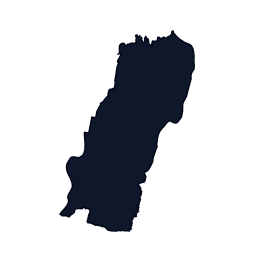 Cheung Prey, Kâmpóng Cham, Cambodia (Equal Earth projection), rotated 192°
{"feature_id": "14789045B53354113316917", "entity_name": "Cheung Prey", "entity_type": "district", "adm_level": 2, "iso_a3": "KHM", "parent_name": "Cambodia", "parent_adm1": "Kâmpóng Cham", "projection": "equal_earth", "projection_center": [105.065, 12.092], "detail": "fine", "context": "isolated", "style": "filled", "palette": "ink", "viewbox_px": 256, "rotation_deg": 192, "n_neighbors": 0, "source": "geoboundaries", "source_scale": "gbopen_adm2", "svg_char_len": 5823}
<svg xmlns="http://www.w3.org/2000/svg" viewBox="0 0 256 256"><g transform="rotate(192 128 128)"><path d="M103.9,232.1L105.0,231.6L105.0,230.2L104.6,229.3L106.1,226.7L107.6,225.7L108.1,225.1L110.2,223.6L110.9,223.7L111.7,224.3L112.1,224.2L112.6,223.1L113.2,223.2L113.1,222.0L114.8,222.2L116.2,223.1L117.0,223.1L117.6,222.8L117.6,221.7L117.7,220.9L117.2,219.5L117.4,218.7L118.3,218.9L119.0,218.6L119.5,218.6L120.2,218.2L120.8,218.3L121.6,217.7L122.0,217.9L121.9,217.3L122.1,216.7L121.8,216.6L120.8,215.1L121.0,214.7L122.1,215.3L122.0,214.6L122.5,214.4L123.2,213.4L124.2,213.9L125.1,214.7L125.5,215.6L126.5,218.7L126.9,219.3L127.6,219.4L128.4,219.1L128.8,219.5L129.1,220.8L129.7,221.1L129.9,220.3L130.3,219.6L130.2,218.6L129.5,217.6L129.8,217.2L129.9,216.3L129.6,215.6L130.4,215.0L131.7,214.8L132.4,216.6L133.0,217.2L133.3,219.1L133.8,219.4L134.7,219.0L135.2,219.6L135.4,220.5L135.8,220.6L135.9,219.6L137.2,219.4L138.0,219.6L138.4,220.7L139.1,220.7L139.5,220.5L139.7,219.7L139.0,218.9L138.5,217.8L138.5,215.5L137.9,214.5L138.1,213.3L138.8,212.5L139.8,211.9L141.2,211.9L142.3,211.8L143.5,210.7L146.1,209.6L146.9,207.5L147.4,206.9L148.3,208.8L149.3,209.8L150.7,209.8L152.3,208.8L153.1,207.7L153.3,206.0L152.8,203.2L152.0,200.5L152.3,199.1L152.6,198.6L150.6,199.5L150.3,198.2L151.1,194.2L151.8,192.8L152.0,191.0L151.6,190.1L151.0,189.8L150.6,189.1L150.7,188.1L151.2,187.3L151.3,184.0L150.9,178.4L150.6,171.5L149.7,169.4L149.7,164.2L150.2,163.3L150.9,163.5L151.4,162.8L151.7,162.6L152.0,162.6L152.5,162.3L153.1,162.4L153.7,161.7L154.0,161.6L154.4,161.1L154.3,160.1L154.5,159.6L154.5,158.6L154.6,157.5L154.3,157.3L154.2,156.0L154.0,155.4L154.7,154.7L154.8,154.1L155.2,153.9L155.6,152.6L156.0,152.5L156.5,151.8L156.6,151.0L157.0,150.7L157.1,150.2L157.7,148.7L159.3,146.9L160.0,146.5L159.6,145.8L159.7,144.5L160.0,144.2L160.2,142.9L161.0,141.5L160.9,141.0L161.8,138.1L161.7,131.9L162.6,131.2L165.6,131.1L165.3,114.9L169.6,114.7L169.4,113.0L166.6,103.5L165.7,98.2L165.7,95.7L166.2,92.7L166.7,91.8L167.4,91.0L169.1,89.3L170.2,88.7L171.1,88.5L172.5,88.6L175.2,88.4L176.6,87.9L177.6,87.3L178.2,86.1L180.1,80.8L180.2,79.1L180.1,77.8L179.9,76.5L179.0,74.0L177.6,71.5L174.3,67.4L172.1,64.2L171.2,62.6L170.3,59.9L170.2,58.1L171.3,53.7L172.1,51.5L172.5,49.8L172.6,48.6L172.3,47.4L171.0,44.7L170.8,42.7L171.0,41.2L172.5,37.3L175.9,31.3L176.4,29.9L175.8,30.1L175.5,29.7L175.4,29.1L175.0,29.2L174.7,28.8L174.2,29.1L173.6,28.5L172.9,29.2L172.6,28.9L171.8,29.1L171.8,29.5L171.4,29.5L171.2,29.1L170.8,29.4L169.8,29.2L169.4,29.5L168.8,29.3L168.6,29.0L167.6,28.8L167.2,28.8L166.8,29.6L166.2,30.4L165.7,31.4L165.0,31.9L163.3,33.9L163.0,35.0L163.1,36.6L162.7,37.6L162.3,38.0L162.0,38.3L160.3,38.7L159.8,39.1L159.5,39.1L158.8,39.6L158.2,39.2L157.9,39.4L157.4,39.4L157.0,39.3L156.4,39.5L156.0,39.8L155.8,40.6L155.9,41.1L155.7,41.4L154.8,40.9L154.2,41.3L153.6,41.0L152.7,40.4L152.6,40.9L152.1,40.8L151.7,41.0L150.4,40.8L149.6,40.9L149.3,40.8L148.4,39.6L148.1,39.5L147.7,39.1L147.5,38.7L147.7,37.6L148.0,36.6L147.9,35.9L148.3,35.0L148.3,33.1L148.1,32.5L148.4,32.0L148.4,31.5L148.1,30.7L148.4,29.8L148.4,29.1L148.6,28.3L147.5,27.0L146.3,27.2L145.7,27.6L145.4,27.3L144.9,27.4L141.3,26.6L140.8,26.7L139.7,26.1L139.3,26.1L138.7,26.9L138.0,26.5L137.7,26.5L137.6,27.3L136.8,27.5L136.2,26.5L135.6,26.4L134.7,26.9L134.2,26.8L133.1,26.1L131.0,26.6L130.2,26.2L129.0,26.1L128.2,25.1L126.5,24.1L125.1,23.9L122.0,24.1L119.5,24.6L118.6,24.6L116.3,25.7L115.0,25.8L114.6,26.1L113.6,26.0L113.1,26.5L112.2,26.7L109.8,26.8L107.5,27.4L106.5,27.3L105.7,27.7L105.2,27.7L105.3,28.5L104.8,29.0L104.6,29.6L103.8,30.1L104.1,30.7L104.3,31.0L104.6,31.1L105.2,31.9L104.0,33.3L104.4,33.8L104.4,34.4L104.7,34.7L104.8,35.1L104.2,35.5L104.2,35.9L104.9,36.9L105.1,38.2L104.5,39.6L104.8,39.9L105.3,39.9L105.6,40.2L105.2,40.6L105.2,41.5L104.9,42.0L104.3,41.2L104.1,41.6L104.0,42.4L103.4,42.6L103.1,43.0L101.9,42.9L101.6,43.2L101.9,43.5L102.4,43.6L102.4,44.1L101.9,44.4L101.8,45.6L101.9,46.1L101.9,47.6L101.2,47.7L100.6,48.5L101.1,48.5L101.1,49.8L101.7,49.8L101.7,50.4L101.0,50.9L101.4,51.6L101.0,52.5L101.5,52.7L101.5,53.2L102.0,52.9L102.6,53.4L102.5,53.8L102.0,53.9L102.1,54.7L101.7,54.8L101.4,55.1L101.4,55.5L101.8,55.5L102.0,56.0L101.6,56.1L101.5,56.6L101.6,57.8L101.3,58.4L101.4,58.8L101.1,59.3L101.5,59.7L101.5,60.2L101.1,60.8L101.2,61.3L101.8,60.9L101.9,61.4L102.5,62.1L102.0,63.0L102.1,63.6L102.0,64.1L101.6,64.2L101.7,65.0L101.3,65.7L101.4,66.8L101.7,67.2L102.4,67.0L102.1,67.8L101.4,68.4L101.8,68.9L102.4,68.7L102.3,69.2L102.5,69.7L102.9,69.5L103.3,70.0L103.3,70.8L103.0,71.2L103.0,71.7L103.9,71.8L103.6,72.1L104.5,73.2L104.8,73.0L105.1,73.3L105.4,73.0L105.7,73.3L105.4,74.0L105.7,74.3L106.1,74.2L106.3,74.9L105.9,75.4L106.1,75.9L105.7,76.6L105.1,77.0L104.5,76.6L103.9,77.1L103.7,77.5L103.2,77.6L102.8,78.2L102.6,77.9L101.9,78.5L101.2,78.3L101.0,79.3L100.6,79.5L100.5,80.0L100.3,80.3L100.7,80.9L100.4,82.5L100.5,82.9L100.5,83.7L100.7,84.6L101.3,84.9L101.4,85.5L101.7,85.7L102.1,86.2L102.6,87.1L102.6,87.6L102.5,88.3L102.1,88.5L101.5,89.4L101.0,89.5L100.2,90.2L99.6,91.2L98.7,93.2L97.3,98.2L97.3,99.1L97.0,100.2L97.1,100.8L96.9,101.2L97.3,102.9L97.3,103.7L96.3,112.6L96.4,113.5L96.1,114.0L95.7,115.4L96.0,116.7L96.6,117.5L96.6,117.9L96.8,118.6L96.7,119.5L96.8,120.1L96.7,121.0L97.0,121.4L97.1,123.2L97.0,125.5L97.1,126.2L97.0,127.8L96.6,130.1L96.2,131.5L94.7,134.7L93.9,135.9L92.1,139.1L91.5,140.6L90.5,142.4L88.4,143.7L87.8,143.7L84.7,142.8L82.6,142.7L81.1,143.5L79.4,146.8L78.5,148.6L78.0,150.1L78.2,156.0L79.5,162.8L79.2,165.2L78.5,167.3L77.5,170.9L76.9,183.6L76.9,184.7L76.6,187.1L76.6,189.4L77.3,191.8L77.4,193.6L77.2,195.4L76.7,196.9L75.9,198.7L75.8,200.2L76.3,203.1L77.4,206.8L78.5,212.4L79.4,215.2L80.3,217.5L80.9,218.8L82.8,221.2L84.7,222.4L90.3,223.4L96.1,225.6L99.3,227.5L102.5,229.9L103.5,230.8L103.9,232.1Z" fill="#0f172a" stroke="#020617" stroke-width="1.5"/></g></svg>